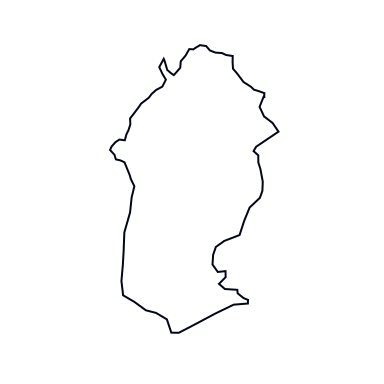 the district of Pano Archimandrita, Paphos, Cyprus, rotated 322°
{"feature_id": "46923920B12228017617298", "entity_name": "Pano Archimandrita", "entity_type": "district", "adm_level": 2, "iso_a3": "CYP", "parent_name": "Cyprus", "parent_adm1": "Paphos", "projection": "equal_earth", "projection_center": [32.671, 34.738], "detail": "fine", "context": "isolated", "style": "outline", "palette": "ink", "viewbox_px": 384, "rotation_deg": 322, "n_neighbors": 0, "source": "geoboundaries", "source_scale": "gbopen_adm2", "svg_char_len": 1425}
<svg xmlns="http://www.w3.org/2000/svg" viewBox="0 0 384 384"><g transform="rotate(322 192 192)"><path d="M167.4,314.3L169.7,311.5L167.3,307.3L165.6,299.9L167.5,297.0L158.2,288.7L156.7,281.0L166.1,279.8L169.7,275.0L163.1,270.9L163.5,261.8L169.9,254.6L176.9,250.0L187.3,250.4L203.0,255.2L215.3,246.9L227.9,239.7L241.9,238.4L248.1,234.5L252.3,229.6L254.2,227.3L260.0,216.1L262.5,209.5L266.8,203.9L265.7,197.7L270.4,195.8L297.3,197.7L298.0,187.2L295.3,176.8L297.7,166.5L307.1,161.0L307.5,161.6L309.2,159.4L309.9,158.7L308.1,155.8L306.5,153.3L303.8,149.5L303.3,145.6L301.7,140.9L300.3,137.1L300.5,126.3L300.2,120.1L304.0,114.6L307.8,109.9L303.2,105.0L301.1,100.9L296.4,96.7L293.3,91.6L293.0,85.7L288.7,81.2L283.8,80.6L280.8,80.4L279.9,79.5L277.8,77.7L271.1,80.5L263.6,82.1L259.2,86.9L249.7,88.7L248.8,86.2L247.6,80.6L250.8,72.7L251.7,69.7L243.1,73.4L241.4,80.8L240.6,87.4L233.5,90.7L226.5,89.5L220.6,89.9L216.0,91.1L206.3,91.0L202.7,92.2L192.6,94.9L188.5,95.9L185.0,100.8L179.8,104.3L175.8,106.2L170.9,109.9L167.1,106.0L162.5,105.6L156.8,106.6L153.3,108.4L153.8,115.0L152.1,119.4L155.1,123.1L157.1,127.1L155.2,133.8L153.3,140.4L151.9,143.8L150.1,152.0L148.2,153.5L141.0,159.2L130.6,170.0L113.8,182.2L101.9,196.3L92.5,207.0L81.5,218.8L77.6,225.3L74.1,231.0L78.9,243.0L82.8,256.8L89.2,265.1L93.8,276.9L89.1,290.1L94.9,294.8L115.9,298.7L134.9,302.0L155.4,306.4L167.4,314.3Z" fill="none" stroke="#020617" stroke-width="2"/></g></svg>